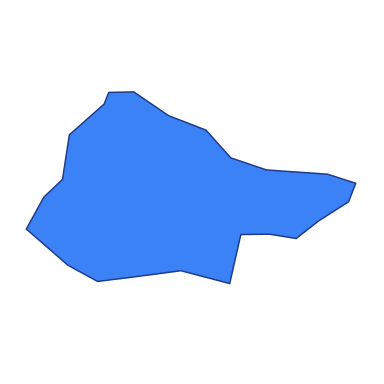 Xewkija, orthographic projection, rotated 184°
{"feature_id": "MLT-5986", "entity_name": "Xewkija", "entity_type": "state/province", "adm_level": 1, "iso_a3": "MLT", "parent_name": "Malta", "parent_adm1": "", "projection": "orthographic", "projection_center": [14.26, 36.029], "detail": "fine", "context": "isolated", "style": "filled", "palette": "blue", "viewbox_px": 384, "rotation_deg": 184, "n_neighbors": 0, "source": "natural_earth", "source_scale": "10m", "svg_char_len": 452}
<svg xmlns="http://www.w3.org/2000/svg" viewBox="0 0 384 384"><g transform="rotate(184 192 192)"><path d="M29.3,212.1L35.1,193.2L63.8,171.9L84.8,152.9L111.6,155.3L140.3,153.0L148.0,103.3L197.7,112.7L243.7,103.3L280.0,96.2L310.7,110.3L354.7,143.5L339.4,176.6L322.1,195.5L318.3,240.5L285.8,273.6L282.0,285.5L257.1,287.8L220.7,266.5L182.4,254.7L155.6,228.7L119.3,219.2L58.0,219.2L29.3,212.1Z" fill="#3b82f6" stroke="#1e3a8a" stroke-width="1.5"/></g></svg>